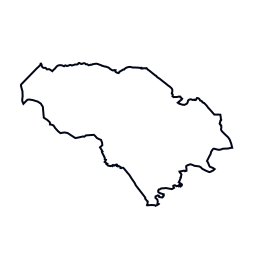 outline of Constantin Daicoviciu, Caras-Severin, Romania, rotated 258°
{"feature_id": "2599482B96346820083333", "entity_name": "Constantin Daicoviciu", "entity_type": "district", "adm_level": 2, "iso_a3": "ROU", "parent_name": "Romania", "parent_adm1": "Caras-Severin", "projection": "albers", "projection_center": [22.174, 45.533], "detail": "fine", "context": "isolated", "style": "outline", "palette": "ink", "viewbox_px": 256, "rotation_deg": 258, "n_neighbors": 0, "source": "geoboundaries", "source_scale": "gbopen_adm2", "svg_char_len": 5733}
<svg xmlns="http://www.w3.org/2000/svg" viewBox="0 0 256 256"><g transform="rotate(258 128 128)"><path d="M140.8,204.1L142.1,203.4L142.5,202.8L143.0,201.7L142.3,201.0L141.4,200.3L141.3,200.0L141.3,199.5L141.5,199.0L141.9,198.8L142.0,198.7L141.9,197.7L142.0,197.3L142.1,196.8L142.9,195.7L143.0,195.2L143.1,194.7L143.0,194.0L142.9,193.5L142.6,192.8L142.0,192.3L141.2,191.9L140.7,191.7L140.1,191.2L139.8,190.8L139.4,190.2L139.2,189.4L138.9,187.8L139.1,187.3L139.6,185.8L140.7,184.0L141.0,183.2L141.8,182.7L142.0,182.5L142.2,182.1L142.3,182.0L142.8,183.2L143.1,183.1L143.7,184.5L144.0,184.9L144.2,185.2L144.3,185.8L144.5,186.1L145.0,186.7L145.3,187.0L145.6,186.6L146.7,186.3L147.0,185.7L147.9,185.5L148.1,184.6L148.2,184.1L148.1,182.8L148.5,180.4L148.7,179.8L148.7,179.0L148.8,178.9L149.5,178.4L149.8,178.1L150.5,178.5L151.3,178.7L151.6,178.6L152.0,178.3L152.3,178.2L152.5,178.0L153.1,178.2L153.4,178.3L153.5,178.5L154.1,178.8L155.7,179.2L156.1,179.3L157.3,179.1L158.5,178.4L160.2,177.1L160.7,176.5L163.6,174.2L166.9,171.4L169.4,169.4L170.7,168.1L170.9,167.9L171.4,167.4L172.2,166.8L173.2,166.4L173.4,165.9L175.2,164.4L179.2,161.2L180.6,159.9L181.6,159.1L182.3,158.9L182.7,158.5L182.7,158.4L182.6,158.0L182.6,157.7L182.8,157.5L183.0,157.0L183.1,155.8L183.1,155.3L183.2,155.2L183.2,154.9L183.5,154.5L183.4,154.2L183.6,154.1L183.5,153.6L183.9,153.6L183.9,153.4L184.1,153.4L184.1,153.1L184.0,152.9L184.4,152.1L185.2,149.5L185.6,147.7L185.8,147.2L186.1,145.5L186.7,144.1L187.4,142.6L187.5,141.1L187.4,139.1L187.2,138.6L187.2,138.4L186.7,137.4L186.4,136.8L186.0,136.4L186.0,136.1L186.2,135.6L186.1,135.3L185.6,134.0L185.6,133.7L185.2,132.7L185.0,132.3L184.9,131.4L183.8,130.5L183.7,130.1L183.9,129.6L184.1,129.3L184.4,128.7L185.4,127.6L186.0,127.3L187.1,127.8L187.2,127.2L187.5,126.7L187.4,125.3L187.6,124.9L188.4,123.9L188.7,123.6L189.3,122.9L190.5,122.1L191.3,121.3L192.7,119.0L192.8,118.6L192.9,118.1L194.0,116.3L194.3,115.4L194.7,115.2L196.7,112.0L197.4,110.6L197.6,109.2L197.7,106.6L197.4,105.3L197.7,104.7L197.5,103.4L197.6,102.5L198.8,101.4L199.1,100.0L199.9,99.5L200.3,99.1L200.5,98.3L200.5,96.9L200.2,96.2L200.6,95.1L201.2,94.5L201.8,93.8L201.8,93.3L200.9,92.2L200.7,91.4L201.0,90.0L201.1,89.1L200.8,86.6L200.9,85.9L201.3,85.4L201.7,84.7L201.7,84.0L201.4,82.9L201.3,81.6L201.5,80.8L202.1,80.1L202.3,79.7L201.7,78.3L203.0,76.4L203.4,75.4L203.6,74.4L203.7,72.9L203.4,71.8L202.9,70.9L201.1,68.6L200.1,66.8L199.3,65.8L201.7,63.5L202.0,62.9L202.2,61.0L202.3,60.7L203.2,60.4L203.8,60.0L204.1,59.6L204.2,58.3L204.5,57.8L204.9,57.3L205.7,56.8L206.4,56.6L208.0,56.6L209.3,56.3L209.8,56.3L208.6,55.7L207.5,54.9L205.1,50.9L192.9,32.7L192.3,32.2L191.3,32.1L188.5,32.2L185.9,32.4L180.8,31.5L177.7,30.4L176.2,30.2L173.4,30.7L176.5,35.4L176.4,37.3L175.0,40.9L172.6,45.2L170.0,47.8L166.4,49.1L155.6,47.8L152.8,50.6L150.2,52.5L148.9,52.8L147.7,52.4L146.9,54.4L145.9,55.7L143.0,56.8L139.4,58.9L137.0,60.9L137.0,62.6L136.8,65.1L135.6,67.9L129.1,74.4L129.0,77.9L129.1,81.9L128.6,83.6L129.5,85.3L128.4,93.2L126.7,94.4L124.7,95.5L123.5,96.9L122.0,99.1L119.1,99.6L116.5,99.3L114.9,96.6L110.4,98.2L110.1,97.5L108.4,97.8L105.0,98.8L104.9,98.7L104.2,99.0L102.8,98.9L102.5,99.0L102.2,98.8L101.5,99.3L101.4,99.7L100.6,99.2L99.7,98.1L97.4,100.2L97.1,99.5L96.1,100.2L95.3,100.8L94.3,103.2L94.4,104.2L94.7,104.8L94.0,105.0L94.1,105.3L94.7,106.0L94.1,106.7L94.2,107.2L94.4,107.4L94.5,107.8L94.4,108.2L94.5,108.2L94.7,109.0L94.4,109.6L94.2,109.6L93.4,109.1L93.1,109.1L92.7,109.7L92.8,109.9L93.1,109.9L93.3,110.1L93.0,110.6L92.4,111.0L92.4,111.4L92.2,111.7L91.9,111.9L91.6,112.3L91.1,112.7L90.4,112.4L90.2,112.8L90.3,113.3L90.3,113.9L90.1,115.0L89.4,115.5L86.1,117.3L85.0,117.8L81.7,119.6L77.9,121.0L72.8,123.1L70.3,123.7L56.4,130.4L55.4,130.1L52.2,131.7L52.2,131.9L52.0,132.0L48.8,131.0L48.8,130.6L48.7,130.5L48.4,130.6L47.8,134.9L47.5,136.0L47.1,137.6L46.6,138.6L46.2,138.8L47.1,142.2L47.2,142.3L47.9,141.1L49.8,141.8L51.9,141.8L54.0,140.3L55.3,140.7L55.9,143.1L55.4,144.1L54.1,144.1L52.9,147.0L53.5,148.1L53.8,148.0L54.5,148.5L54.6,149.0L55.7,149.2L56.8,147.1L57.5,146.0L58.5,144.7L59.1,144.3L60.5,144.5L61.5,145.5L61.4,146.3L62.0,148.0L61.7,149.7L61.4,152.6L59.1,158.2L59.9,160.6L61.4,160.2L62.0,160.2L62.2,160.8L62.3,161.7L62.1,162.2L61.8,162.6L61.4,162.9L61.0,163.3L61.0,164.6L61.0,164.8L61.1,165.2L61.1,165.5L61.5,166.0L60.7,166.0L61.2,166.8L61.1,167.0L60.0,167.0L59.8,167.2L60.3,167.9L60.5,168.6L61.6,169.0L63.0,167.7L63.8,167.0L64.3,166.4L66.0,167.7L67.3,168.5L68.4,169.4L68.8,169.3L68.9,169.2L69.5,169.8L70.7,170.2L71.3,170.6L72.4,170.3L73.8,169.4L74.7,169.3L74.6,172.2L74.7,172.8L74.6,173.2L74.6,173.8L74.5,174.3L74.2,175.0L73.9,175.0L74.0,176.3L75.9,176.7L77.9,176.8L78.7,177.1L79.1,178.2L79.2,178.6L79.4,180.2L79.5,181.7L78.1,184.0L77.3,184.9L75.6,189.7L74.5,191.0L72.7,192.1L69.9,195.5L68.0,198.3L68.0,199.6L68.9,202.8L69.8,204.2L71.4,202.6L73.0,200.1L73.9,199.7L76.7,199.2L78.0,198.9L79.3,198.4L83.7,201.9L85.1,203.2L87.6,204.5L89.6,206.6L89.9,207.2L89.9,207.8L88.3,211.0L87.7,212.5L87.7,213.5L87.7,214.5L87.8,215.5L88.0,216.4L87.1,221.8L87.2,224.3L87.0,225.8L91.2,225.7L95.4,225.1L98.1,224.0L101.4,221.7L104.8,219.5L105.8,219.0L106.9,218.7L107.7,218.8L109.0,219.4L110.0,219.5L110.6,219.7L110.9,219.3L111.0,219.2L111.4,219.2L112.0,219.4L112.4,219.2L112.7,218.7L113.2,218.7L113.5,218.6L113.8,218.8L114.2,219.2L114.6,219.3L116.0,219.9L116.1,220.3L116.1,220.6L116.5,220.9L117.0,220.7L117.4,220.7L117.8,220.7L118.4,220.9L121.8,221.1L121.9,220.6L122.3,219.5L122.8,216.8L123.2,215.6L123.2,215.2L124.8,214.3L129.3,211.8L130.2,211.2L131.6,210.4L132.5,210.1L134.0,209.3L136.4,207.8L136.6,207.7L136.7,207.3L137.4,206.7L137.6,206.2L138.0,206.1L138.3,205.9L138.9,205.8L139.3,205.2L140.0,204.2L140.8,204.1Z" fill="none" stroke="#020617" stroke-width="2"/></g></svg>